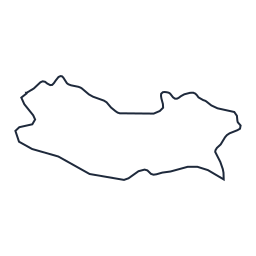 SVG path tracing the border of Armavir
{"feature_id": "ARM-1554", "entity_name": "Armavir", "entity_type": "Province", "adm_level": 1, "iso_a3": "ARM", "parent_name": "Armenia", "parent_adm1": "", "projection": "equal_earth", "projection_center": [44.079, 40.147], "detail": "fine", "context": "isolated", "style": "outline", "palette": "slate", "viewbox_px": 256, "rotation_deg": 0, "n_neighbors": 0, "source": "natural_earth", "source_scale": "10m", "svg_char_len": 1282}
<svg xmlns="http://www.w3.org/2000/svg" viewBox="0 0 256 256"><path d="M19.0,141.7L15.4,130.9L19.3,127.2L32.3,124.3L35.1,119.5L33.2,115.3L24.3,104.2L21.3,97.6L26.5,93.5L26.2,92.8L26.6,92.8L33.8,88.5L40.4,82.3L42.7,81.3L45.1,81.8L47.2,83.5L50.2,85.1L52.2,84.9L54.0,83.0L55.7,80.5L58.5,77.0L60.5,76.1L62.0,76.3L63.3,77.6L66.9,83.2L68.4,84.3L71.0,85.3L78.4,86.8L80.5,87.6L81.7,88.3L88.9,94.4L93.0,96.7L103.9,100.6L106.6,102.3L111.0,107.5L115.4,111.1L117.6,112.6L119.8,113.3L153.7,113.6L159.8,111.0L163.1,107.7L162.9,104.0L161.4,98.5L161.0,95.9L161.2,93.7L162.9,92.2L164.6,92.0L166.4,92.2L168.0,92.5L169.5,93.1L170.6,94.2L173.0,97.3L175.0,98.7L176.9,98.7L178.6,97.9L181.0,96.1L184.3,94.3L190.1,92.8L193.2,92.7L195.3,93.6L196.9,95.2L198.5,97.4L203.2,100.1L204.8,100.6L206.1,101.3L211.3,105.4L217.5,108.3L234.3,112.0L236.9,115.8L237.4,120.8L237.8,122.3L240.6,125.5L240.0,128.7L237.4,130.2L229.6,133.3L226.9,135.1L225.0,137.3L220.7,144.4L216.9,147.9L215.5,150.2L215.2,151.9L220.3,161.9L222.8,169.1L223.5,172.8L223.7,179.1L223.7,179.4L207.9,170.1L197.4,166.8L187.7,166.8L170.5,171.5L162.3,172.6L156.4,174.3L153.5,174.7L151.0,173.9L147.4,170.4L144.6,169.6L138.5,171.2L128.5,178.3L124.0,179.9L89.6,174.0L58.3,156.5L32.1,149.0L19.0,141.7Z" fill="none" stroke="#1e293b" stroke-width="2"/></svg>